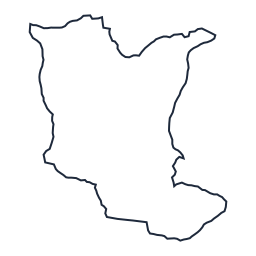 Álvares Florence, São Paulo, Brazil (Mercator projection)
{"feature_id": "56859067B7861185161013", "entity_name": "Álvares Florence", "entity_type": "district", "adm_level": 2, "iso_a3": "BRA", "parent_name": "Brazil", "parent_adm1": "São Paulo", "projection": "mercator", "projection_center": [-49.909, -20.294], "detail": "fine", "context": "isolated", "style": "outline", "palette": "slate", "viewbox_px": 256, "rotation_deg": 0, "n_neighbors": 0, "source": "geoboundaries", "source_scale": "gbopen_adm2", "svg_char_len": 2510}
<svg xmlns="http://www.w3.org/2000/svg" viewBox="0 0 256 256"><path d="M215.3,35.2L211.1,33.0L201.9,28.5L197.8,29.1L194.9,31.4L189.7,32.0L188.6,36.2L184.6,37.2L181.9,33.9L177.4,34.5L174.0,34.7L169.8,37.3L166.4,36.5L163.6,36.5L159.8,37.8L156.0,39.3L153.9,41.4L151.5,42.8L147.8,45.9L145.1,48.1L141.7,52.0L139.1,55.7L135.9,55.3L133.4,55.4L129.3,57.3L125.4,57.0L122.1,54.8L120.2,52.7L117.5,48.5L117.7,45.1L114.9,41.5L112.3,40.8L109.6,34.4L109.3,31.7L109.9,28.8L103.4,27.7L102.9,24.7L102.0,17.2L98.3,18.4L92.2,18.8L90.2,15.4L83.4,15.8L80.8,18.3L77.0,20.4L72.6,20.9L69.9,21.8L67.6,23.3L65.1,26.1L61.9,27.5L59.1,27.7L54.6,27.7L51.0,27.6L47.7,28.1L43.8,28.2L39.6,26.4L36.2,25.2L33.1,25.1L30.3,24.0L29.7,32.1L32.8,37.9L36.9,40.5L40.2,43.4L42.4,49.2L42.5,52.1L42.6,56.2L43.5,59.8L42.8,62.7L42.3,66.1L40.7,69.8L39.7,74.0L39.4,77.0L39.7,81.1L40.7,84.9L41.4,88.3L41.8,94.1L43.6,97.8L43.6,100.8L45.8,105.3L47.1,108.3L49.7,111.5L52.8,114.4L52.2,117.0L52.1,120.8L53.5,124.2L53.1,126.9L52.9,129.7L52.7,133.1L53.5,136.8L51.7,142.9L49.7,148.9L46.2,151.0L43.6,154.7L44.4,158.4L45.2,162.4L53.9,164.4L55.8,169.0L57.7,171.1L60.7,173.2L63.4,175.0L66.1,177.3L68.5,177.7L71.7,177.7L76.2,178.1L80.9,180.4L85.0,180.0L86.8,181.9L89.6,182.2L92.6,183.9L95.8,184.6L94.9,187.7L96.3,190.7L97.1,193.6L99.0,197.7L100.8,200.6L101.6,204.8L103.8,206.2L106.2,209.0L105.3,213.4L106.9,217.0L117.5,218.9L127.8,220.0L132.9,220.5L146.6,222.2L148.1,230.4L150.0,233.5L153.5,234.0L157.0,234.9L161.8,235.4L164.4,236.1L167.3,238.7L170.5,238.5L174.3,238.3L177.1,238.8L180.3,240.6L183.8,239.5L186.7,239.0L189.8,238.2L191.8,236.4L194.7,234.4L197.7,232.2L200.0,230.1L202.3,227.3L203.9,224.5L206.7,222.7L211.3,220.9L213.9,218.6L217.9,215.8L221.3,212.9L224.5,211.2L225.8,207.0L226.3,201.5L224.0,199.3L222.1,197.1L219.4,195.8L217.2,194.4L213.9,194.4L210.2,193.2L205.0,190.1L202.3,189.9L197.9,186.5L194.7,186.1L191.5,185.3L188.2,185.1L185.3,184.2L181.9,182.6L176.2,184.4L174.2,186.2L173.6,182.5L172.0,177.4L174.8,174.7L175.8,171.5L172.9,166.1L175.2,162.6L176.3,159.7L179.3,156.9L183.6,158.4L182.7,155.4L180.3,152.4L177.9,150.3L175.5,149.3L173.4,147.6L172.3,144.0L172.3,139.7L170.9,136.0L169.0,130.9L169.1,127.1L169.3,123.1L169.8,118.0L172.7,112.5L174.2,106.8L175.1,102.9L177.3,98.7L179.6,94.8L180.8,90.9L182.8,87.3L185.6,83.2L186.8,78.9L187.3,75.0L187.7,71.2L188.6,67.9L188.1,63.5L187.2,59.4L187.9,55.4L188.8,52.4L190.8,50.2L193.6,48.1L197.7,46.2L200.5,44.3L203.9,42.8L207.3,42.2L211.2,40.6L214.3,38.5L215.3,35.2Z" fill="none" stroke="#1e293b" stroke-width="2"/></svg>